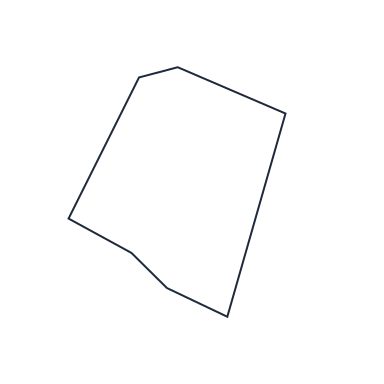 an SVG outline of Komenda, rotated 150°
{"feature_id": "SVN-225", "entity_name": "Komenda", "entity_type": "Municipality", "adm_level": 1, "iso_a3": "SVN", "parent_name": "Slovenia", "parent_adm1": "", "projection": "robinson", "projection_center": [14.546, 46.209], "detail": "fine", "context": "isolated", "style": "outline", "palette": "slate", "viewbox_px": 384, "rotation_deg": 150, "n_neighbors": 0, "source": "natural_earth", "source_scale": "10m", "svg_char_len": 260}
<svg xmlns="http://www.w3.org/2000/svg" viewBox="0 0 384 384"><g transform="rotate(150 192 192)"><path d="M180.6,317.7L142.0,307.2L71.8,213.2L223.8,66.3L261.7,121.3L274.9,169.5L312.2,230.7L180.6,317.7Z" fill="none" stroke="#1e293b" stroke-width="2"/></g></svg>